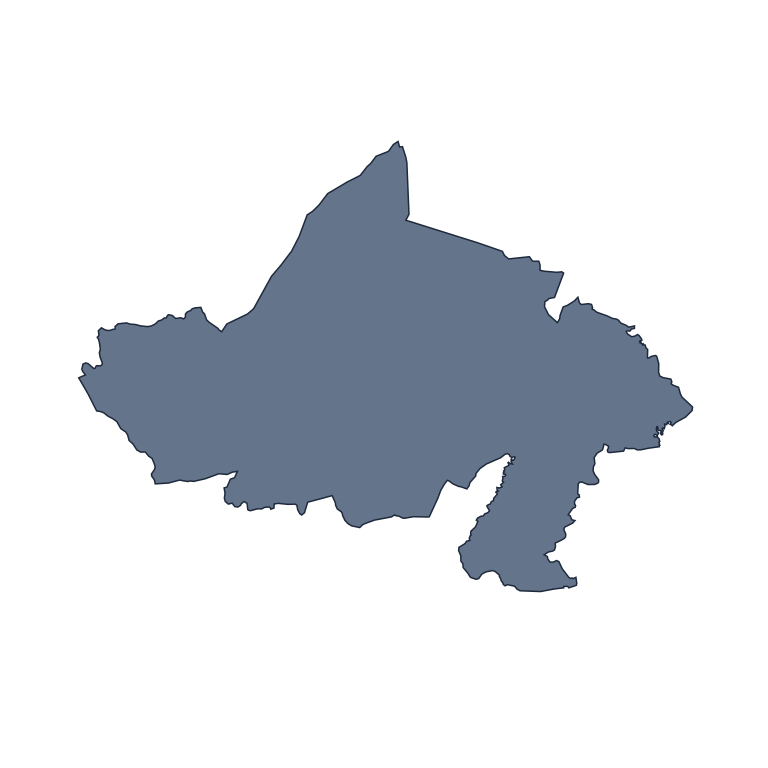 Ubundu, Orientale, Democratic Republic of the Congo (Mercator projection), rotated 79°
{"feature_id": "63176286B77989779607321", "entity_name": "Ubundu", "entity_type": "district", "adm_level": 2, "iso_a3": "COD", "parent_name": "Democratic Republic of the Congo", "parent_adm1": "Orientale", "projection": "mercator", "projection_center": [25.863, -0.595], "detail": "fine", "context": "isolated", "style": "filled", "palette": "slate", "viewbox_px": 768, "rotation_deg": 79, "n_neighbors": 0, "source": "geoboundaries", "source_scale": "gbopen_adm2", "svg_char_len": 6164}
<svg xmlns="http://www.w3.org/2000/svg" viewBox="0 0 768 768"><g transform="rotate(79 384 384)"><path d="M374.8,127.0L374.9,133.1L372.9,134.7L369.3,140.0L366.3,141.5L364.8,143.1L363.1,147.4L359.7,152.0L354.1,161.5L351.2,163.8L350.3,165.4L348.7,164.7L345.5,165.1L344.2,167.9L343.6,175.3L341.4,176.7L335.8,177.1L338.8,181.3L341.7,188.7L342.6,193.5L350.1,198.0L353.6,199.2L356.8,202.1L347.3,209.3L338.8,211.7L333.8,210.3L333.0,207.7L331.6,205.8L331.6,200.1L309.4,186.5L307.8,188.1L307.3,193.2L303.7,205.7L302.1,209.1L296.9,208.1L293.0,208.6L291.8,214.7L286.8,217.0L285.0,237.8L280.9,241.2L276.4,242.5L263.6,264.5L227.4,331.3L222.2,327.1L171.0,319.3L165.5,319.3L154.6,320.6L154.2,323.5L148.6,323.9L150.7,329.1L156.2,334.9L156.7,336.2L158.9,348.2L165.1,355.2L167.4,359.1L174.7,367.5L178.6,381.3L186.3,402.9L195.7,413.4L200.9,421.2L203.3,427.1L222.9,439.1L235.9,449.3L247.8,462.6L256.7,473.8L285.3,497.7L289.3,504.8L295.1,526.9L301.7,533.3L299.5,535.6L297.7,536.4L290.1,543.8L287.1,545.9L280.8,546.8L278.8,548.3L273.8,549.2L273.2,555.1L273.6,558.0L275.0,559.9L275.7,563.3L277.3,565.5L280.5,566.2L281.9,568.3L280.2,570.7L279.9,576.1L276.3,578.8L274.9,582.2L275.2,583.2L277.6,585.3L277.3,587.3L278.7,589.8L279.1,593.5L281.5,597.2L282.7,601.8L282.5,605.3L280.4,612.1L278.2,616.5L276.7,622.0L274.9,625.0L274.2,633.5L276.2,637.0L278.2,637.2L278.9,638.2L278.6,639.7L279.1,642.1L278.8,644.8L277.7,647.4L274.9,650.7L277.2,654.2L282.1,654.6L283.4,656.6L285.8,655.6L289.5,655.5L295.7,655.8L299.0,657.5L303.9,657.5L309.5,656.5L311.2,657.1L312.1,658.9L311.2,662.4L311.5,663.2L313.3,664.4L313.5,665.9L307.6,670.5L306.4,672.7L307.0,675.7L311.8,677.8L314.1,677.4L318.1,675.4L319.7,682.5L337.3,676.4L355.6,671.2L357.1,667.2L359.0,664.4L362.5,661.5L366.5,656.6L370.0,653.4L377.6,650.9L381.9,646.6L384.9,645.4L390.8,645.0L395.1,641.8L401.6,639.2L404.4,635.9L405.1,631.8L405.7,631.0L409.9,628.8L412.8,625.9L418.5,624.7L422.0,624.5L424.4,625.8L427.9,629.4L430.1,629.6L434.4,627.7L438.4,627.6L440.1,614.4L439.3,603.1L442.3,595.2L442.2,592.6L443.3,589.4L442.9,577.5L440.6,563.2L442.9,555.1L441.6,549.8L441.8,544.6L447.5,548.6L448.1,553.0L455.2,557.8L455.5,560.8L461.0,560.9L465.6,562.5L469.1,562.2L472.2,559.7L472.0,555.8L475.9,553.8L476.9,551.0L475.9,548.2L474.4,547.0L472.6,543.8L475.1,541.2L481.3,541.7L482.1,541.1L482.9,539.3L482.4,531.9L483.3,527.9L482.3,524.7L482.8,520.3L483.9,519.2L485.3,519.0L484.8,515.7L480.8,514.7L481.0,510.6L483.8,501.3L485.0,494.2L486.3,492.7L491.1,492.7L495.2,491.4L496.9,489.8L495.2,486.6L485.5,481.5L483.7,456.2L491.4,454.4L494.0,454.6L497.9,453.6L501.3,450.3L502.6,449.8L505.6,449.6L510.4,448.4L514.1,446.1L517.1,442.8L520.3,435.2L518.2,432.1L517.4,429.5L515.8,419.2L515.9,402.2L514.5,398.3L515.6,397.5L516.5,394.6L518.8,391.9L519.7,389.8L519.9,380.4L523.0,366.0L523.0,364.9L506.2,352.8L499.1,348.5L493.5,343.5L490.6,340.1L491.6,338.6L495.0,335.6L498.9,330.1L499.5,328.2L502.8,322.7L500.2,320.0L497.2,318.5L491.8,311.5L489.7,311.0L488.8,310.1L485.3,305.9L482.0,298.6L478.7,283.7L476.2,278.8L475.8,276.5L477.0,274.6L479.3,274.0L480.3,272.7L480.4,269.6L481.8,269.6L483.4,271.3L483.7,272.2L483.0,272.9L481.8,272.9L482.0,273.5L484.8,274.1L487.1,273.2L486.2,275.6L484.6,276.6L485.0,277.3L487.2,276.8L487.9,277.5L489.1,281.9L491.1,281.8L492.2,283.1L493.3,282.6L493.5,283.6L495.2,284.0L496.0,281.9L496.8,282.0L497.7,283.1L497.4,285.2L498.7,285.1L501.8,286.4L503.3,285.4L505.2,288.7L507.4,287.7L508.1,290.5L507.1,292.9L509.7,293.2L510.9,292.3L511.0,294.3L511.6,294.9L513.1,293.7L513.7,293.8L517.1,298.1L519.3,298.8L520.0,301.2L521.9,302.4L522.9,306.1L524.2,306.2L528.5,304.6L530.1,306.6L530.7,310.0L532.5,311.7L532.3,314.0L533.4,317.7L535.3,319.4L536.8,318.1L540.6,320.6L541.9,321.7L545.1,326.8L547.7,327.6L548.9,327.2L549.4,328.3L551.6,329.7L553.9,329.6L554.1,333.0L556.2,335.1L558.6,341.6L561.8,342.5L567.2,341.4L572.5,342.3L575.4,340.9L579.3,341.3L585.7,337.8L590.1,336.1L590.7,335.4L593.3,330.8L593.1,328.2L589.3,324.2L587.9,319.8L587.9,313.1L589.0,310.9L593.6,307.2L594.8,307.5L598.0,306.5L599.3,306.6L602.5,305.0L603.4,305.2L605.2,303.7L604.5,301.2L607.1,295.1L607.7,294.2L610.6,292.7L612.9,290.0L617.6,270.0L617.7,255.9L618.4,246.5L617.0,246.2L617.7,242.3L619.4,241.4L618.3,233.6L616.5,232.8L610.4,232.5L611.1,235.1L610.3,236.4L610.6,237.5L609.2,239.4L599.4,244.3L591.8,246.2L590.2,248.3L591.1,251.7L590.5,255.0L587.2,256.5L584.5,256.6L582.2,259.4L580.3,254.8L580.2,250.3L579.3,248.1L575.9,246.6L572.8,246.3L571.3,240.3L570.0,236.5L568.8,235.0L566.0,234.2L562.0,235.1L560.5,235.0L558.9,233.8L556.6,225.4L554.5,222.6L553.1,225.5L548.7,226.5L547.5,228.2L542.1,222.5L541.5,219.8L539.9,219.1L538.0,219.8L535.5,219.3L532.6,216.3L532.4,213.7L530.0,213.6L529.1,214.6L528.2,214.7L519.2,212.4L517.8,210.9L518.0,208.4L521.6,203.0L522.8,196.2L522.1,193.0L521.3,192.1L519.0,191.6L513.0,194.4L509.3,195.3L505.3,194.3L502.6,192.2L496.4,191.8L492.5,187.9L490.7,182.8L489.6,181.6L485.1,179.6L485.9,177.7L488.0,175.5L489.5,175.9L491.8,177.5L493.7,177.1L494.4,175.6L495.6,161.6L492.7,159.5L494.0,156.7L495.1,150.5L497.0,148.0L497.6,144.8L497.5,136.5L498.1,125.8L497.5,125.8L496.8,124.9L496.2,125.4L494.7,125.0L493.6,125.4L492.8,124.2L489.9,124.5L488.6,125.8L487.4,125.6L487.8,128.0L487.3,128.9L486.2,129.0L485.0,127.7L486.2,126.0L486.0,125.1L484.6,123.6L482.5,125.2L480.1,125.3L478.0,124.3L478.4,123.4L481.1,124.0L482.0,123.2L482.6,120.8L485.8,121.9L487.0,121.1L486.9,120.3L485.5,119.7L484.9,120.6L483.1,118.7L480.7,119.4L480.4,118.4L481.3,117.4L479.2,116.3L476.9,116.2L477.8,114.3L476.6,113.8L477.0,112.4L475.6,112.9L475.3,110.4L476.5,109.4L478.2,110.8L479.0,109.5L480.0,109.0L477.4,104.8L474.0,94.3L468.9,86.7L465.5,85.5L453.7,94.0L450.5,94.9L443.4,95.5L440.5,100.2L438.7,102.1L436.6,101.0L433.9,101.5L431.0,108.8L428.7,111.8L424.9,112.2L416.4,110.4L408.8,111.0L407.8,112.0L407.9,116.7L409.0,118.8L408.7,120.4L400.5,118.6L398.3,120.0L395.6,120.2L395.5,121.2L394.1,121.8L394.8,122.6L393.5,123.1L392.5,124.7L391.9,123.8L391.1,125.0L390.5,124.7L390.3,122.6L389.1,122.5L385.0,124.4L383.8,125.8L384.8,128.2L384.9,131.8L381.7,135.1L379.0,136.3L378.1,135.2L378.9,133.1L378.8,132.1L377.3,130.7L377.2,127.6L374.8,127.0Z" fill="#64748b" stroke="#1e293b" stroke-width="1.5"/></g></svg>